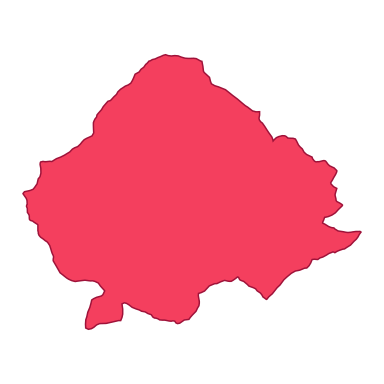 outline of Soe, Thimphu, Bhutan
{"feature_id": "84629894B34921780137315", "entity_name": "Soe", "entity_type": "district", "adm_level": 2, "iso_a3": "BTN", "parent_name": "Bhutan", "parent_adm1": "Thimphu", "projection": "orthographic", "projection_center": [89.325, 27.786], "detail": "fine", "context": "isolated", "style": "filled", "palette": "rose", "viewbox_px": 384, "rotation_deg": 0, "n_neighbors": 0, "source": "geoboundaries", "source_scale": "gbopen_adm2", "svg_char_len": 4649}
<svg xmlns="http://www.w3.org/2000/svg" viewBox="0 0 384 384"><path d="M201.9,61.3L200.8,61.1L196.2,58.6L193.5,58.3L190.8,58.4L188.0,58.4L185.1,58.2L181.3,57.1L178.2,55.9L174.7,55.6L171.4,56.0L168.1,55.6L165.6,54.7L163.3,55.3L160.5,56.6L157.8,57.6L155.2,58.9L152.3,59.6L150.5,60.7L148.8,61.2L148.1,62.2L146.6,63.8L145.8,64.3L143.8,67.2L141.0,69.3L139.1,72.0L135.1,74.2L133.6,77.9L132.4,80.5L130.8,83.2L128.3,84.9L125.3,86.1L122.8,87.8L120.6,89.2L117.9,91.8L116.5,94.4L113.9,96.8L112.1,98.8L110.5,100.5L107.9,101.3L105.8,103.7L103.3,106.6L101.5,109.7L98.3,113.3L97.0,114.9L96.5,117.2L95.1,118.8L94.0,121.0L93.4,122.7L93.4,125.4L93.5,128.8L93.7,132.9L92.0,135.9L89.4,137.1L86.7,138.3L84.2,139.7L82.2,141.8L80.3,144.2L77.7,146.6L74.6,147.8L72.4,149.1L69.7,152.0L67.3,153.4L64.4,155.2L60.6,157.1L56.4,158.7L51.9,161.5L49.8,161.3L47.8,161.5L45.9,161.7L44.7,161.7L43.0,161.4L40.6,162.0L40.2,163.0L40.1,164.6L40.8,168.3L40.9,171.8L40.9,173.2L40.0,176.7L38.2,178.9L37.1,183.8L34.7,187.3L33.2,189.2L30.6,190.3L29.2,190.7L24.5,191.7L23.3,193.1L23.0,193.7L26.3,198.5L27.0,200.5L27.2,204.4L26.7,205.0L26.5,206.4L27.3,208.4L27.4,212.4L28.3,213.7L29.0,214.9L29.3,216.1L29.3,218.0L29.5,219.5L30.4,220.4L32.7,221.1L33.9,222.1L37.6,224.5L37.9,225.0L37.9,227.0L37.9,229.6L37.9,230.7L38.3,232.3L38.3,233.5L39.0,235.3L40.6,237.2L43.2,239.0L45.5,240.9L46.7,241.5L48.0,242.9L49.7,245.5L50.9,249.2L51.5,251.3L52.2,253.4L53.1,255.3L53.5,256.3L53.5,257.6L53.2,259.0L53.2,260.8L56.3,266.1L60.1,272.8L66.7,278.0L68.6,279.2L71.7,280.6L75.2,281.5L77.6,281.1L84.9,280.2L88.7,280.7L90.6,280.9L92.6,280.8L94.9,281.4L98.3,283.0L100.4,286.0L104.0,290.0L104.7,290.9L102.9,294.7L101.5,295.9L99.6,296.5L96.6,297.3L93.6,298.7L91.7,300.0L91.0,303.2L89.8,307.5L87.8,312.2L86.8,316.8L85.8,319.8L85.5,324.1L85.7,328.0L88.4,329.3L91.4,328.7L93.8,327.3L96.6,324.9L99.6,323.6L106.2,323.4L114.1,321.6L118.4,320.6L120.7,320.6L122.0,317.4L122.7,314.1L122.7,311.5L122.7,309.0L122.1,304.8L122.0,303.9L124.3,302.8L126.6,303.4L129.2,305.0L132.1,307.3L136.0,308.9L139.4,310.0L141.5,311.2L145.2,311.9L147.8,313.5L151.3,314.7L152.8,317.0L154.4,318.0L156.2,318.2L158.1,318.9L159.7,319.9L162.2,320.1L164.6,320.1L166.7,320.5L169.1,321.0L171.2,321.2L173.0,320.8L174.8,321.2L175.9,322.9L177.5,323.6L179.7,323.2L184.3,320.0L188.9,319.4L190.3,317.4L192.4,315.0L196.0,311.3L197.6,307.9L198.9,305.8L199.3,303.2L199.3,301.3L198.7,298.1L198.3,295.6L198.5,293.4L201.0,292.7L204.6,291.0L209.3,285.9L214.6,283.7L216.9,283.6L219.6,282.3L220.4,281.9L223.9,280.6L224.7,280.4L227.8,281.1L229.2,281.3L231.2,281.3L232.7,280.5L235.6,278.5L237.4,277.0L238.5,277.3L239.3,278.9L239.7,279.7L241.1,280.5L243.7,281.4L247.4,284.5L248.9,286.1L253.4,287.7L255.6,288.8L257.1,290.8L260.5,293.1L262.0,295.1L263.0,297.0L264.5,298.0L266.3,299.4L266.8,299.3L268.8,296.8L271.1,294.8L272.3,293.8L277.1,287.7L280.0,285.0L283.9,279.7L287.2,276.7L291.3,273.3L295.4,271.0L298.7,270.4L300.2,270.0L304.5,268.2L306.8,268.0L309.0,265.8L310.7,263.0L312.1,259.5L314.7,259.2L316.1,259.4L317.8,259.5L320.0,257.9L322.9,257.0L326.4,255.1L328.9,253.5L331.8,252.4L332.8,251.9L333.8,252.1L334.9,252.7L337.1,251.3L339.5,250.3L342.7,249.2L344.6,248.9L346.6,247.5L349.2,245.9L350.5,245.1L354.0,241.3L356.3,239.2L358.0,236.9L359.3,234.4L361.0,232.1L360.0,231.4L358.5,231.5L355.8,231.5L352.1,232.0L351.2,232.2L348.0,232.5L346.1,232.3L343.1,231.7L338.4,231.0L337.6,230.7L336.4,229.9L335.0,229.1L333.9,227.9L332.0,227.7L330.6,227.3L328.6,226.5L325.1,224.3L323.5,223.5L322.6,223.0L322.8,221.8L323.5,220.5L324.6,217.3L325.6,217.2L328.2,216.6L331.9,215.1L335.4,212.8L338.2,209.7L340.7,207.3L342.3,205.7L342.5,205.1L342.0,204.5L339.7,203.0L338.3,202.3L336.8,201.5L336.1,200.5L335.9,198.7L335.1,195.4L335.1,194.4L335.6,192.5L336.8,188.4L334.1,187.0L333.0,186.1L331.0,183.9L330.7,182.8L332.6,179.7L333.4,178.1L335.6,174.4L336.5,172.4L336.8,171.5L336.8,170.6L336.1,169.9L334.1,167.9L332.3,167.1L331.1,166.5L329.6,165.8L328.0,164.3L326.5,162.2L325.5,161.0L324.3,160.6L323.5,160.6L319.0,161.7L317.3,161.7L316.1,161.9L314.5,161.2L312.5,158.6L312.1,157.1L306.6,154.5L304.0,152.1L302.3,148.9L300.0,146.8L298.5,145.0L296.6,141.1L295.4,139.0L293.1,138.3L289.5,138.2L287.8,138.0L286.2,136.5L284.8,135.8L282.2,135.7L278.7,136.6L276.3,137.7L274.4,139.5L273.1,141.0L272.6,138.9L271.8,136.9L268.7,132.6L267.1,130.2L264.9,126.7L262.4,123.1L260.6,121.7L259.4,120.0L259.0,118.2L259.6,115.1L259.6,111.7L257.8,111.8L255.9,111.8L252.5,110.9L247.6,107.1L245.3,105.7L241.7,102.7L237.5,99.1L232.7,95.5L225.5,89.7L218.6,86.9L214.7,85.7L211.4,83.8L210.5,81.4L209.5,77.4L206.7,74.8L204.3,72.6L203.5,71.4L203.1,68.2L202.9,66.4L201.9,61.3Z" fill="#f43f5e" stroke="#9f1239" stroke-width="1.5"/></svg>